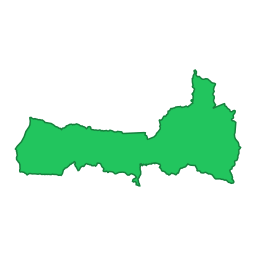 the district of Araguaína, Tocantins, Brazil
{"feature_id": "56859067B12286384319229", "entity_name": "Araguaína", "entity_type": "district", "adm_level": 2, "iso_a3": "BRA", "parent_name": "Brazil", "parent_adm1": "Tocantins", "projection": "orthographic", "projection_center": [-48.582, -7.252], "detail": "fine", "context": "isolated", "style": "filled", "palette": "green", "viewbox_px": 256, "rotation_deg": 0, "n_neighbors": 0, "source": "geoboundaries", "source_scale": "gbopen_adm2", "svg_char_len": 5920}
<svg xmlns="http://www.w3.org/2000/svg" viewBox="0 0 256 256"><path d="M15.4,149.0L16.3,150.0L16.7,150.7L16.5,151.5L17.0,152.8L16.9,153.9L17.3,154.6L17.3,155.3L16.5,157.5L16.6,159.5L17.4,160.6L18.0,161.2L18.1,161.7L19.2,162.8L19.9,164.7L20.0,168.1L20.2,168.6L19.7,170.0L19.8,171.3L20.2,172.0L21.6,171.8L24.2,172.4L25.1,173.3L26.0,173.6L27.1,174.9L29.1,173.6L30.3,173.5L32.2,173.9L35.0,173.8L38.1,174.2L40.3,173.7L41.4,174.4L44.5,174.3L44.9,174.6L46.0,174.2L47.2,174.5L48.0,174.3L51.1,174.6L52.5,174.1L53.7,174.4L56.7,174.5L58.6,175.3L60.4,175.1L61.1,175.4L61.8,174.6L62.5,173.3L63.4,169.9L64.9,168.6L65.2,168.0L66.7,167.7L69.6,165.1L69.9,164.4L71.2,164.1L71.6,163.4L73.2,162.9L73.7,162.2L74.3,161.7L75.0,162.2L75.4,163.2L74.7,164.1L75.4,166.1L76.3,167.1L78.1,170.6L78.7,170.5L79.3,169.9L80.5,167.5L81.9,166.4L82.6,166.2L83.3,166.5L84.1,166.2L84.3,165.6L86.1,163.7L86.7,163.6L87.7,164.2L89.0,164.4L89.8,164.8L90.7,164.6L91.6,165.6L93.2,165.8L94.3,165.3L95.6,166.1L96.9,164.7L97.2,163.3L97.9,163.1L99.3,163.3L100.3,163.6L100.8,164.1L102.0,166.8L103.1,167.7L103.9,168.9L103.3,170.2L103.2,170.9L103.6,171.4L105.3,171.6L106.4,171.2L107.0,171.4L107.8,172.4L108.4,172.3L108.8,171.7L109.5,171.5L112.3,171.8L113.5,172.4L114.7,173.6L115.2,173.8L115.9,173.8L118.9,172.4L122.7,172.1L124.8,172.5L125.3,172.8L127.5,175.0L129.1,175.1L130.4,174.0L131.7,173.7L134.5,175.0L135.9,176.5L136.2,177.5L135.0,178.4L133.5,179.1L133.0,179.6L132.5,181.3L133.5,182.0L135.0,181.6L135.6,181.8L136.3,183.0L136.1,183.9L136.2,184.8L137.3,185.1L139.1,185.9L139.8,185.8L139.1,183.3L138.5,182.6L138.4,181.8L138.5,181.2L138.2,180.5L138.0,179.0L138.3,178.2L139.1,177.7L139.2,176.8L140.7,174.3L140.7,171.5L140.1,169.5L140.1,168.0L140.0,167.3L140.3,166.7L140.1,164.2L141.0,163.8L141.8,164.4L141.5,165.1L141.9,165.5L142.5,165.6L143.7,164.3L144.2,164.7L145.0,164.9L145.6,164.5L145.9,165.2L146.4,165.4L146.7,164.4L147.3,164.6L149.7,163.9L151.4,164.0L151.7,163.4L152.4,163.5L153.1,163.2L154.1,163.1L154.8,163.6L155.2,162.9L158.4,163.7L158.9,164.2L159.7,164.1L160.0,164.8L160.4,165.2L160.3,166.4L159.8,166.7L159.5,167.4L160.1,167.7L160.2,168.2L160.8,168.5L161.7,170.6L162.3,171.1L163.2,171.1L164.5,171.7L165.6,172.5L166.4,173.8L168.3,174.4L168.8,175.0L169.6,174.8L171.4,173.2L174.1,173.8L175.5,174.7L176.1,174.7L177.7,172.9L178.4,173.0L179.7,169.4L180.5,168.3L182.5,168.0L183.3,167.4L185.0,167.0L185.7,166.6L187.8,164.0L189.9,165.0L190.8,165.2L195.2,165.5L197.1,169.2L197.0,170.5L197.4,170.9L199.1,170.8L200.0,171.2L201.0,172.7L203.3,173.0L205.3,172.3L205.9,172.4L208.6,174.0L210.0,173.9L210.6,174.1L212.3,174.9L214.3,177.7L215.3,178.7L215.8,178.9L220.4,178.8L221.1,179.3L223.1,179.4L224.3,180.1L225.8,180.1L226.5,180.3L228.5,182.3L229.9,182.6L231.2,183.3L233.2,183.0L233.8,182.2L233.8,181.5L233.3,180.4L232.0,179.0L232.5,177.9L232.4,177.0L231.9,175.6L231.9,174.9L231.4,174.4L231.0,173.1L230.3,172.2L229.8,170.3L230.8,169.3L231.9,168.9L232.2,166.9L234.0,165.8L234.8,164.9L234.9,163.5L234.7,162.8L234.6,161.4L235.0,160.9L236.7,160.4L237.2,159.7L237.9,157.6L237.8,156.4L238.2,154.9L238.9,153.5L238.8,149.7L239.9,148.7L240.6,147.4L239.2,146.3L238.8,145.6L238.8,144.4L238.2,142.4L235.5,139.1L234.7,137.2L234.4,134.3L235.0,132.6L235.8,122.4L233.8,120.9L232.4,120.8L231.6,120.0L231.8,119.0L232.8,118.5L233.4,117.9L233.5,117.3L233.1,115.6L233.4,114.9L234.9,112.8L235.2,111.4L235.1,110.8L234.5,110.5L234.0,110.5L232.9,110.9L232.2,111.7L231.3,111.8L230.4,111.5L230.0,110.9L229.6,109.7L228.0,108.7L227.1,107.8L226.2,106.4L225.4,106.2L224.8,105.6L224.8,104.4L224.5,103.7L223.6,103.9L212.9,108.3L215.4,105.4L215.5,104.5L214.8,103.8L213.6,101.5L213.6,99.8L214.2,98.4L214.2,97.0L214.1,96.2L212.9,94.7L212.9,93.7L214.2,91.4L213.6,90.0L213.5,89.2L214.0,87.7L214.0,87.1L215.3,84.7L215.4,83.9L214.7,83.4L212.3,82.9L211.1,82.1L210.1,81.0L209.5,80.6L207.7,79.0L205.8,78.7L203.9,79.3L202.4,79.2L201.3,78.5L199.7,76.9L199.0,76.4L198.3,76.7L197.5,76.7L196.4,75.5L196.1,74.8L195.8,73.8L196.4,73.3L196.4,71.6L195.3,70.1L194.4,70.4L194.0,71.0L194.4,71.8L194.5,73.0L194.3,73.8L193.3,75.5L192.9,78.1L192.3,78.5L192.4,82.1L193.1,85.6L192.4,86.3L192.6,87.1L194.4,88.6L194.5,89.4L194.1,90.2L193.7,92.1L192.2,93.8L192.2,94.3L192.8,94.4L192.8,95.3L193.2,96.1L192.9,100.3L192.1,99.8L191.5,99.9L191.1,100.4L191.3,101.1L192.6,102.0L192.7,103.3L191.2,104.0L190.8,104.7L188.9,105.9L188.3,106.7L187.6,106.9L186.1,106.1L183.9,107.1L182.7,107.1L182.0,107.5L180.3,106.4L179.6,106.8L178.0,106.7L176.7,107.1L176.1,106.9L174.4,108.0L173.1,108.1L172.0,108.8L171.1,108.4L170.6,108.9L169.8,110.4L169.3,110.8L168.1,111.2L167.9,113.7L167.2,114.4L166.6,114.7L166.2,115.6L165.3,116.4L164.2,116.1L163.7,116.5L162.1,119.4L161.5,119.9L160.5,120.3L159.8,119.9L159.3,120.3L160.5,125.1L159.7,126.2L160.3,127.6L160.2,129.0L158.2,131.7L156.6,133.3L155.9,135.1L153.9,137.0L148.6,139.1L147.6,139.3L147.2,138.7L147.3,137.5L146.5,135.7L145.2,135.2L145.1,134.4L145.3,132.8L144.1,132.6L123.5,133.5L122.5,133.3L121.7,131.9L117.5,131.4L116.5,132.0L114.4,132.0L112.1,130.8L109.9,130.2L109.0,130.9L108.2,131.0L107.5,131.0L106.5,130.5L103.2,131.0L102.8,130.6L101.0,130.8L100.7,130.3L100.2,130.1L99.5,130.0L98.8,130.3L97.5,130.4L96.0,130.0L94.3,130.1L93.1,129.7L91.7,129.6L91.2,129.2L90.8,128.7L90.7,127.4L90.4,127.0L89.7,126.6L88.2,126.8L87.1,128.2L86.4,128.7L85.4,127.6L84.3,126.9L83.1,126.6L82.0,125.9L81.2,126.1L79.6,125.3L79.1,124.8L76.6,123.9L74.6,124.6L73.9,124.4L72.5,124.8L72.1,124.4L71.3,124.2L69.5,124.5L68.1,125.4L66.6,125.8L66.1,126.2L66.1,126.8L65.3,127.1L64.7,127.8L63.9,128.1L63.2,128.0L62.4,128.3L61.6,129.6L61.0,129.2L60.7,128.6L60.1,128.3L58.9,128.3L57.7,127.2L55.4,126.5L53.8,125.1L51.2,123.5L44.8,122.4L44.5,121.7L42.3,120.0L40.9,120.1L39.8,119.6L39.1,119.8L37.5,119.5L36.9,119.1L35.8,119.1L35.2,118.7L34.5,118.7L33.7,119.0L32.0,118.3L31.0,117.4L29.9,117.6L29.9,118.6L30.3,121.1L29.9,124.9L29.0,126.9L25.9,131.5L24.2,136.6L21.4,141.8L17.2,146.3L15.4,149.0Z" fill="#22c55e" stroke="#15803d" stroke-width="1.5"/></svg>